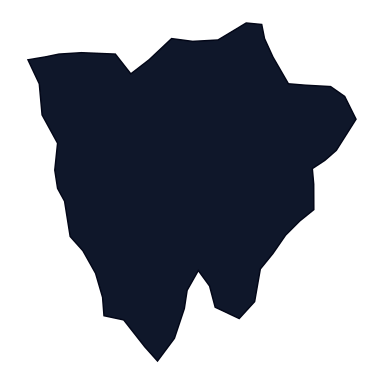 Agirda, Cyprus (Albers equal-area conic projection)
{"feature_id": "46923920B19762948788890", "entity_name": "Agirda", "entity_type": "district", "adm_level": 2, "iso_a3": "CYP", "parent_name": "Cyprus", "parent_adm1": "", "projection": "albers", "projection_center": [33.277, 35.289], "detail": "fine", "context": "isolated", "style": "filled", "palette": "ink", "viewbox_px": 384, "rotation_deg": 0, "n_neighbors": 0, "source": "geoboundaries", "source_scale": "gbopen_adm2", "svg_char_len": 712}
<svg xmlns="http://www.w3.org/2000/svg" viewBox="0 0 384 384"><path d="M104.0,315.7L123.7,319.9L144.8,346.8L157.5,361.0L174.4,338.3L184.3,308.6L187.1,290.3L198.3,270.5L209.6,286.0L215.2,307.2L239.2,318.5L254.6,301.6L260.3,269.0L272.9,253.5L285.6,235.1L299.7,221.0L313.8,209.6L313.7,184.2L312.3,168.6L325.0,160.2L336.3,150.3L356.0,119.2L344.7,96.5L330.6,86.6L305.3,85.2L288.4,83.8L272.9,57.0L264.5,38.6L261.7,24.5L246.2,23.0L218.0,40.0L192.7,41.4L171.6,38.6L149.1,59.8L130.8,73.9L115.3,54.1L81.5,52.7L59.0,54.1L44.9,57.0L28.0,59.8L39.3,83.8L42.1,114.9L57.6,143.2L54.8,170.1L57.6,188.4L64.6,201.2L70.2,236.5L82.9,250.7L95.6,273.3L102.6,297.3L104.0,315.7Z" fill="#0f172a" stroke="#020617" stroke-width="1.5"/></svg>